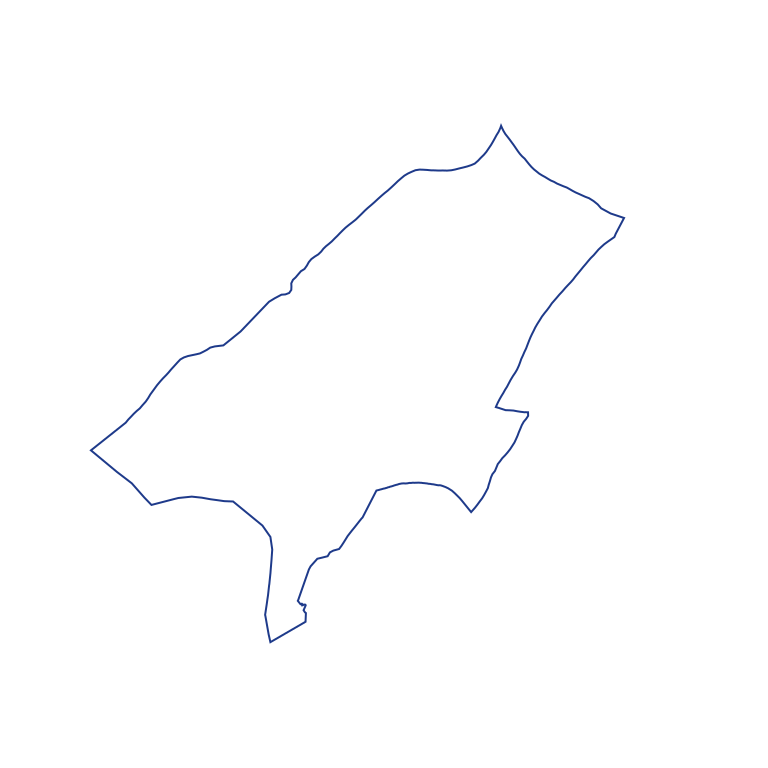 Mahliyah, Ma'rib, Yemen (Natural Earth projection), rotated 62°
{"feature_id": "15242507B61225716368783", "entity_name": "Mahliyah", "entity_type": "district", "adm_level": 2, "iso_a3": "YEM", "parent_name": "Yemen", "parent_adm1": "Ma'rib", "projection": "natural_earth1", "projection_center": [45.191, 14.667], "detail": "fine", "context": "isolated", "style": "outline", "palette": "blue", "viewbox_px": 768, "rotation_deg": 62, "n_neighbors": 0, "source": "geoboundaries", "source_scale": "gbopen_adm2", "svg_char_len": 4988}
<svg xmlns="http://www.w3.org/2000/svg" viewBox="0 0 768 768"><g transform="rotate(62 384 384)"><path d="M557.1,564.9L549.6,560.5L548.4,561.0L546.0,561.2L543.2,557.7L542.7,557.1L542.0,557.0L541.6,557.4L541.1,558.7L541.3,559.6L541.0,560.2L539.9,559.5L539.4,559.7L539.2,561.1L535.0,561.9L534.4,561.1L512.5,537.4L510.5,534.4L509.0,530.3L507.0,524.9L508.3,519.9L509.6,514.6L507.3,510.8L507.3,509.2L507.3,507.0L508.6,501.1L506.9,497.5L505.2,494.4L503.3,491.1L501.2,487.5L499.7,484.2L498.2,480.8L496.7,477.2L495.2,473.8L493.6,470.2L492.2,466.9L491.8,465.6L474.5,440.7L474.9,439.2L475.2,438.0L475.4,436.9L475.7,435.8L475.9,434.8L476.2,433.4L476.6,432.2L476.7,431.4L477.0,430.2L477.1,429.0L477.5,427.7L477.5,426.9L477.9,425.5L478.2,423.9L478.4,422.4L478.6,421.6L478.8,420.5L479.1,419.5L479.2,418.8L479.4,417.5L479.9,415.9L480.1,415.2L480.5,414.3L480.9,413.4L481.3,412.7L481.7,412.1L482.1,411.3L482.4,410.7L482.7,409.9L483.0,408.9L483.2,408.1L483.8,407.1L484.2,406.2L484.6,405.1L485.1,404.2L485.6,403.4L486.0,402.5L486.5,401.5L487.0,400.5L487.3,399.9L487.7,399.2L488.5,397.9L488.9,397.2L489.4,396.6L489.8,396.0L490.5,394.9L491.2,393.9L491.6,393.3L491.8,393.0L492.3,392.3L492.8,391.8L493.2,391.2L493.7,390.4L494.1,389.8L494.8,389.0L495.2,388.4L495.7,387.6L496.6,386.5L497.5,385.4L498.1,384.7L498.6,384.0L499.0,383.5L499.3,382.8L499.6,382.2L500.0,381.7L500.6,381.0L501.1,380.6L501.6,380.0L502.1,379.7L502.8,379.0L503.5,378.4L504.6,377.5L505.2,377.1L505.7,376.7L506.1,376.4L510.1,374.1L513.6,372.8L516.8,371.8L520.4,370.7L524.1,369.9L538.0,367.2L536.0,361.8L534.4,358.2L532.7,354.7L531.0,351.0L529.1,347.8L526.8,344.3L524.7,341.2L522.1,338.8L519.5,336.1L516.7,333.4L514.5,330.6L512.9,326.9L510.6,324.1L508.1,321.1L506.7,317.8L505.0,314.3L503.8,310.5L502.4,306.9L500.8,303.3L498.7,299.5L496.9,296.3L494.5,293.1L492.3,290.3L489.9,287.6L487.4,284.5L485.0,281.6L482.9,278.3L481.5,274.8L479.8,271.7L476.6,270.1L475.4,272.2L474.8,273.4L473.5,275.2L472.7,276.4L470.6,279.2L468.2,282.2L466.1,285.6L464.2,288.9L461.6,291.4L459.1,293.8L456.9,296.1L456.0,295.0L453.8,292.1L451.8,289.2L449.9,286.2L447.9,282.8L446.0,279.9L444.2,276.7L442.0,273.5L439.9,270.4L437.5,266.4L435.6,262.8L433.7,259.7L431.1,256.3L428.8,253.7L426.3,251.0L424.0,247.9L421.8,245.2L419.3,241.8L416.4,238.5L413.9,235.6L411.5,232.7L409.4,229.9L407.3,226.9L405.1,223.9L402.8,220.2L400.6,216.3L398.6,212.9L396.8,209.0L395.2,205.2L393.4,201.4L391.6,198.0L390.3,194.6L389.0,191.2L387.4,187.2L386.0,183.1L384.9,180.3L384.3,178.8L383.0,175.0L381.8,171.3L380.5,167.9L378.9,164.5L377.3,160.6L375.9,157.2L374.2,153.2L372.8,149.6L371.3,146.0L369.9,142.4L368.7,138.4L367.3,134.8L366.0,131.5L365.0,127.9L364.0,123.9L363.4,119.8L362.9,115.8L362.4,111.6L360.1,108.8L350.1,94.1L339.9,103.8L330.8,109.8L325.7,111.0L320.8,113.1L316.1,115.8L315.9,116.0L313.3,118.3L310.6,120.4L307.6,122.7L304.8,124.9L302.0,126.8L299.1,128.6L296.6,130.2L296.3,130.4L293.7,132.7L291.0,134.9L288.3,137.1L285.3,139.0L282.6,141.2L279.8,142.9L276.9,144.6L274.0,146.5L271.1,148.2L268.0,149.5L265.0,150.8L261.6,151.9L258.2,152.7L254.5,153.4L251.1,154.0L247.8,155.2L244.5,156.0L241.2,156.5L237.6,156.9L234.0,157.3L230.6,157.8L227.1,158.3L223.6,158.9L220.3,159.5L216.9,159.7L213.6,159.6L211.0,159.4L212.6,161.1L215.2,164.5L217.1,167.8L219.3,171.1L221.3,174.2L223.2,177.3L225.1,180.9L227.1,184.7L228.5,188.2L229.8,192.6L231.0,196.1L232.0,200.4L231.7,204.1L231.0,208.3L230.0,212.5L229.0,216.3L228.0,220.5L226.9,224.2L225.2,228.1L223.1,231.8L221.1,235.7L219.1,239.1L217.2,242.5L215.2,245.5L213.2,248.8L211.4,251.9L210.0,255.9L209.6,260.1L209.4,264.0L209.6,268.2L210.4,272.1L211.4,276.5L212.6,280.7L213.8,285.1L215.0,289.9L215.7,293.7L216.5,297.3L217.7,302.2L219.0,307.1L219.9,310.9L220.9,315.5L221.9,319.4L223.2,323.6L224.4,327.7L225.5,331.5L225.6,332.1L225.7,332.4L226.5,336.9L227.1,340.5L227.9,344.5L228.9,348.1L230.1,352.0L231.3,355.6L232.3,359.1L233.6,363.2L234.4,366.8L235.1,370.5L235.5,371.9L236.1,374.0L237.6,377.3L238.7,381.2L239.0,385.3L239.6,389.5L241.1,393.2L243.2,396.4L245.1,400.2L245.2,401.4L245.4,404.4L246.8,408.0L248.4,412.0L249.3,415.5L251.6,418.6L254.5,420.0L257.4,421.7L259.1,425.0L258.6,429.0L257.0,432.6L257.0,440.2L257.4,446.9L270.3,486.0L274.5,507.7L271.4,515.7L270.3,520.3L270.7,524.3L270.7,528.1L270.6,532.1L269.7,535.6L268.4,540.1L267.3,543.9L266.6,548.2L266.7,552.3L268.0,556.2L269.3,559.8L271.3,565.4L272.7,568.8L273.9,572.2L275.3,576.7L275.8,578.0L276.3,579.4L276.8,580.7L278.5,584.9L280.2,588.4L281.9,591.9L283.5,595.2L285.7,598.8L287.7,602.7L289.3,607.1L290.9,611.1L291.7,614.9L292.8,618.9L294.1,622.7L295.3,626.4L296.9,630.2L305.0,673.9L336.2,661.1L353.3,653.3L371.8,648.9L381.6,646.1L387.1,623.1L388.1,619.1L393.2,606.6L398.8,598.3L404.3,591.3L408.6,585.3L412.4,580.1L416.9,572.4L451.9,557.8L462.6,556.5L465.7,556.1L477.7,560.4L483.6,564.1L486.5,565.9L494.6,571.1L497.6,573.0L507.0,579.3L507.6,579.8L516.1,585.6L519.6,588.2L522.8,590.5L532.1,597.4L532.7,597.5L550.9,603.4L558.6,605.5L557.1,564.9Z" fill="none" stroke="#1e3a8a" stroke-width="2"/></g></svg>